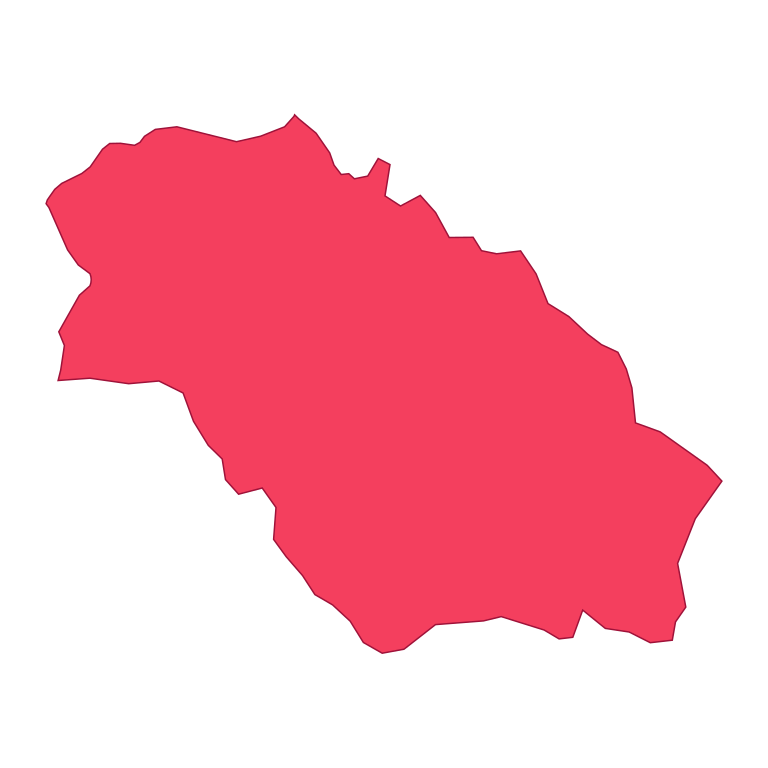 the Province of Pernik
{"feature_id": "BGR-2245", "entity_name": "Pernik", "entity_type": "Province", "adm_level": 1, "iso_a3": "BGR", "parent_name": "Bulgaria", "parent_adm1": "", "projection": "natural_earth1", "projection_center": [22.785, 42.63], "detail": "fine", "context": "isolated", "style": "filled", "palette": "rose", "viewbox_px": 768, "rotation_deg": 0, "n_neighbors": 0, "source": "natural_earth", "source_scale": "10m", "svg_char_len": 1323}
<svg xmlns="http://www.w3.org/2000/svg" viewBox="0 0 768 768"><path d="M236.5,141.7L260.6,136.2L284.6,126.8L294.0,116.3L294.6,114.8L298.8,118.9L316.1,133.2L329.7,152.9L334.0,165.1L341.2,174.5L348.8,173.7L354.4,178.8L367.7,176.1L378.2,158.5L390.0,164.6L385.0,195.9L400.5,206.0L420.3,195.4L435.6,212.6L449.2,237.5L473.1,237.3L481.5,250.7L496.5,253.8L520.6,250.9L536.1,273.9L548.0,303.6L568.9,316.6L587.6,334.1L601.4,344.6L617.9,352.3L626.3,369.0L631.9,387.9L635.5,422.9L660.2,431.9L707.2,465.3L721.9,481.1L695.3,518.7L677.6,563.4L685.8,607.1L675.5,621.9L672.3,640.2L650.3,642.7L629.1,632.0L605.3,628.4L582.7,610.1L572.8,637.3L559.1,638.9L544.1,630.0L501.2,616.6L483.5,620.9L435.5,624.6L404.0,649.2L382.2,653.2L363.4,642.5L350.2,621.2L332.6,604.9L314.9,594.6L302.5,575.5L286.2,556.7L273.6,539.4L276.0,507.5L262.2,488.0L238.6,494.2L225.5,479.6L222.2,459.0L208.3,445.4L193.5,421.3L183.1,393.0L158.9,381.0L128.7,383.7L89.9,378.2L58.1,380.5L60.7,370.1L64.4,345.5L58.8,331.8L79.4,295.2L90.0,285.8L90.9,282.8L91.2,279.7L90.9,276.7L90.0,273.7L78.3,265.0L67.6,249.9L48.9,207.5L46.1,203.7L47.3,200.0L49.7,196.5L54.8,189.3L61.7,183.4L81.8,173.5L90.2,166.9L102.5,149.2L109.7,143.5L120.5,143.3L134.6,145.3L140.1,142.3L140.3,141.9L144.5,136.3L155.3,129.4L176.9,126.8L236.5,141.7Z" fill="#f43f5e" stroke="#9f1239" stroke-width="1.5"/></svg>